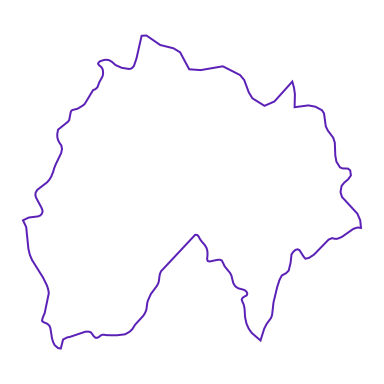 the border of Cantal
{"feature_id": "FRA-5276", "entity_name": "Cantal", "entity_type": "Metropolitan department", "adm_level": 1, "iso_a3": "FRA", "parent_name": "France", "parent_adm1": "", "projection": "mercator", "projection_center": [2.647, 45.051], "detail": "fine", "context": "isolated", "style": "outline", "palette": "violet", "viewbox_px": 384, "rotation_deg": 0, "n_neighbors": 0, "source": "natural_earth", "source_scale": "10m", "svg_char_len": 2823}
<svg xmlns="http://www.w3.org/2000/svg" viewBox="0 0 384 384"><path d="M292.3,81.6L294.0,87.7L294.9,94.1L294.6,107.2L308.4,105.4L315.4,106.7L321.9,110.2L324.0,113.3L325.8,126.4L328.0,130.8L333.2,137.7L334.8,142.6L335.3,155.6L336.4,161.6L339.9,167.3L342.4,168.4L348.0,168.6L350.2,170.4L350.9,175.4L348.2,179.3L344.4,182.5L341.6,185.8L340.5,192.1L342.0,197.0L357.4,213.7L360.2,220.3L361.0,227.9L357.8,227.5L354.6,228.4L352.7,229.3L342.2,236.7L339.2,238.1L336.6,238.9L334.3,238.7L332.2,238.1L328.6,239.6L314.0,254.6L309.0,257.9L305.4,258.7L303.6,256.6L299.5,250.2L297.7,249.3L295.5,249.9L293.3,251.8L291.5,254.4L290.6,262.6L288.7,270.6L286.2,273.1L281.8,275.5L279.5,279.9L277.2,287.0L273.5,302.4L272.1,314.9L271.1,317.8L266.6,324.0L264.2,328.7L260.5,340.5L251.8,333.0L250.1,330.7L248.6,328.4L246.5,323.7L245.4,318.8L245.0,316.4L244.6,309.1L244.2,306.6L243.6,304.3L242.5,301.9L241.7,299.7L242.5,297.9L244.3,296.6L246.7,295.4L247.3,293.7L246.7,292.0L245.3,290.6L244.1,289.9L238.3,288.3L236.1,287.0L234.4,285.1L233.2,282.8L231.4,275.5L230.1,273.0L224.7,266.4L221.9,260.6L220.7,260.0L219.4,259.7L217.2,259.9L209.6,261.5L207.9,261.1L207.1,259.5L207.5,254.9L207.5,252.6L207.2,250.2L206.4,247.7L204.9,245.2L201.3,241.0L199.8,238.8L198.6,236.4L197.2,235.0L195.2,234.8L161.0,271.3L160.0,273.8L159.5,276.1L158.9,280.9L158.3,283.2L156.8,286.0L150.8,294.1L148.0,300.4L147.3,302.6L146.4,309.6L145.5,311.9L144.4,314.1L142.9,316.2L135.1,324.7L132.3,329.2L129.5,331.8L125.1,334.3L116.8,335.3L107.1,335.2L104.2,334.8L102.7,334.7L101.0,335.3L98.8,337.0L97.2,337.8L95.6,337.8L93.5,336.0L92.3,334.1L90.7,332.2L88.3,331.6L85.4,331.7L69.6,337.0L67.2,337.4L63.1,339.5L60.8,348.5L58.1,348.1L54.7,345.2L53.2,342.2L52.0,338.4L50.4,328.2L49.5,325.9L47.4,323.8L43.2,322.0L42.0,320.8L42.6,318.1L44.7,313.0L48.8,293.3L48.3,289.9L47.0,285.6L43.0,277.5L32.1,260.1L29.9,255.0L28.4,248.8L26.2,227.1L23.0,220.3L28.9,217.5L38.1,216.4L40.2,215.5L41.8,213.9L42.4,212.2L42.6,211.3L42.5,210.6L42.1,209.3L41.3,207.4L36.2,197.9L35.4,195.4L35.6,192.7L37.2,189.9L47.1,182.3L49.3,179.8L51.2,176.7L53.1,172.0L54.1,168.5L55.6,164.6L61.2,153.0L62.0,148.9L61.3,145.4L59.6,143.0L58.2,140.4L57.4,137.7L57.2,134.6L57.6,132.1L58.1,129.6L68.0,121.7L69.2,120.0L70.7,112.2L71.3,110.8L72.5,110.0L77.4,108.8L82.6,105.7L84.6,104.1L93.1,90.1L95.1,89.3L96.4,88.3L97.5,87.1L99.3,82.3L102.5,76.4L102.9,75.0L103.0,73.5L103.1,72.1L102.9,70.6L102.6,69.3L102.1,68.2L101.4,67.3L100.6,66.4L99.6,65.7L98.7,64.8L98.1,63.8L98.6,62.5L100.1,61.2L104.4,59.9L106.8,59.8L108.8,60.1L109.9,60.6L112.0,61.9L115.6,65.1L121.7,67.8L129.1,69.0L130.7,68.7L132.2,67.9L133.9,66.0L136.5,58.4L141.6,35.8L146.4,35.5L160.2,45.0L173.5,48.3L180.1,52.3L189.2,69.3L200.7,70.1L222.8,66.3L240.0,75.0L244.2,80.0L248.8,92.4L252.4,98.3L264.5,105.8L274.4,101.5L292.3,81.6Z" fill="none" stroke="#5b21b6" stroke-width="2"/></svg>